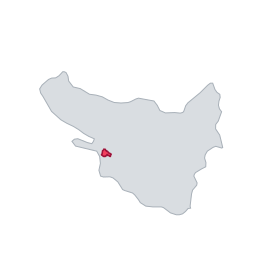 El Factor, María Trinidad Sánchez, Dominican Republic shown in context, rotated 198°
{"feature_id": "3306468B48172399013768", "entity_name": "El Factor", "entity_type": "district", "adm_level": 2, "iso_a3": "DOM", "parent_name": "Dominican Republic", "parent_adm1": "María Trinidad Sánchez", "projection": "robinson", "projection_center": [-69.924, 19.288], "detail": "fine", "context": "in_parent", "style": "filled", "palette": "rose", "viewbox_px": 256, "rotation_deg": 198, "n_neighbors": 0, "source": "geoboundaries", "source_scale": "gbopen_adm2", "svg_char_len": 2895}
<svg xmlns="http://www.w3.org/2000/svg" viewBox="0 0 256 256"><g transform="rotate(198 128 128)"><path d="M44.0,172.4L44.3,162.5L45.7,158.4L44.4,154.2L38.6,149.6L35.0,143.8L31.9,138.7L32.6,137.9L38.9,137.7L41.2,135.8L45.4,130.5L46.3,126.3L45.9,123.1L43.2,119.2L42.1,115.2L45.5,111.7L50.0,106.5L50.6,104.5L50.5,102.6L45.3,97.1L45.0,94.8L47.4,88.9L47.2,85.0L44.8,72.9L43.7,71.1L46.0,70.0L47.5,66.4L49.6,63.2L52.3,61.4L55.3,60.4L61.4,60.4L69.8,63.3L72.2,63.2L80.2,60.6L86.9,59.2L93.2,60.8L95.8,63.0L101.0,66.5L103.6,67.6L111.8,67.5L114.1,67.8L121.0,73.6L126.8,75.9L130.1,76.0L136.2,73.8L139.2,73.8L142.6,78.8L143.3,85.8L146.2,92.2L150.6,96.3L172.3,94.6L177.2,98.0L175.5,100.8L172.4,102.3L162.1,101.6L157.6,101.9L156.7,104.7L156.7,107.3L162.7,107.9L168.6,109.2L174.7,111.3L180.8,112.7L187.7,113.6L194.5,115.1L205.9,120.2L218.5,131.6L221.9,134.3L224.1,137.9L223.0,142.3L218.6,149.6L216.0,151.9L212.3,153.3L209.8,156.3L207.4,161.4L205.9,161.8L204.1,161.6L201.1,158.7L198.9,154.3L192.8,150.1L185.6,150.7L175.0,148.2L168.6,149.4L162.1,149.7L155.6,148.4L149.0,148.0L142.4,149.6L135.9,152.2L133.6,153.9L129.5,158.0L127.3,159.6L111.7,161.7L107.2,158.6L103.1,154.5L97.1,153.9L88.4,157.1L82.9,158.3L80.7,159.7L80.1,161.2L80.0,167.0L78.8,170.5L70.3,183.8L65.5,193.2L63.5,196.1L61.3,196.8L57.1,191.4L54.4,189.4L51.1,188.4L49.8,185.6L49.8,181.5L49.0,177.5L46.9,174.4L44.0,172.4Z" fill="#d9dde1" stroke="#a8b0b8" stroke-width="1"/><path d="M144.3,100.5L144.3,100.4L144.4,100.2L144.4,99.9L144.5,99.7L144.6,99.4L144.7,99.2L144.8,99.1L144.9,98.9L145.1,98.7L145.2,98.4L145.2,98.2L145.1,97.8L145.0,97.7L144.9,97.6L144.9,97.3L144.9,96.8L144.9,96.6L144.8,96.4L144.7,96.1L144.6,95.9L144.6,95.7L144.7,95.4L144.8,95.1L144.9,94.9L145.0,94.8L145.0,94.7L144.9,94.4L144.8,94.2L144.7,94.1L144.4,94.1L144.2,94.1L143.9,94.1L143.7,94.0L143.5,93.9L143.4,93.9L143.2,93.7L142.9,93.4L142.7,93.4L142.4,93.4L142.1,93.5L141.9,93.6L141.6,93.7L141.6,93.8L141.4,93.8L141.3,93.7L141.2,93.7L141.0,93.8L140.9,93.9L140.8,94.0L140.7,94.1L140.7,94.4L140.7,94.5L140.4,94.7L140.3,94.8L140.2,95.0L139.9,95.1L139.7,95.1L139.4,95.3L139.3,95.5L139.5,95.8L139.7,96.0L139.8,96.1L139.8,96.3L139.7,96.4L139.4,96.4L139.2,96.2L138.9,96.0L138.7,96.0L138.6,95.9L137.9,95.9L137.7,95.9L137.3,95.6L137.2,95.6L136.9,95.5L136.7,95.4L136.2,95.4L136.0,95.5L136.0,95.9L136.0,96.1L136.1,96.3L136.1,96.5L136.3,96.7L136.3,96.8L136.2,97.1L136.0,97.3L135.9,97.4L135.9,97.5L135.9,97.8L136.1,98.0L136.3,98.1L136.7,98.1L136.9,98.1L137.0,98.1L137.2,98.3L137.3,98.3L137.7,98.3L137.8,98.3L138.1,98.4L138.3,98.4L138.5,98.3L138.8,98.4L138.9,98.5L139.1,98.7L139.2,98.8L139.3,98.9L139.5,99.0L139.8,99.2L140.0,99.3L140.3,99.5L140.5,99.5L140.6,99.4L140.8,99.2L141.0,99.2L141.3,99.3L141.4,99.6L141.5,99.8L141.8,99.8L142.2,99.8L142.3,99.9L142.5,100.1L142.7,100.3L142.8,100.5L143.0,100.7L143.4,100.6L143.5,100.5L144.3,100.5Z" fill="#f43f5e" stroke="#9f1239" stroke-width="1.5"/></g></svg>